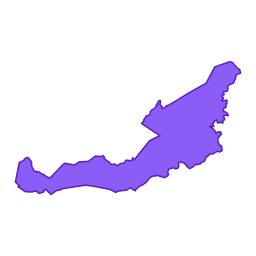 Santiago Comaltepec, Oaxaca, Mexico
{"feature_id": "50627088B9825150146899", "entity_name": "Santiago Comaltepec", "entity_type": "district", "adm_level": 2, "iso_a3": "MEX", "parent_name": "Mexico", "parent_adm1": "Oaxaca", "projection": "mercator", "projection_center": [-96.381, 17.637], "detail": "fine", "context": "isolated", "style": "filled", "palette": "violet", "viewbox_px": 256, "rotation_deg": 0, "n_neighbors": 0, "source": "geoboundaries", "source_scale": "gbopen_adm2", "svg_char_len": 5452}
<svg xmlns="http://www.w3.org/2000/svg" viewBox="0 0 256 256"><path d="M240.5,73.2L240.5,72.1L240.3,71.8L240.1,71.3L239.9,71.0L239.8,70.2L239.7,69.8L239.5,69.3L239.2,69.3L238.6,69.1L237.8,68.5L233.8,64.2L232.6,62.6L230.1,61.6L225.0,63.3L220.6,64.9L214.6,67.0L211.6,73.0L208.7,78.3L207.6,80.4L206.2,83.2L203.3,84.8L198.9,87.2L198.2,87.6L197.8,87.9L195.4,89.2L192.0,91.1L181.8,97.2L178.4,99.4L171.3,103.6L167.5,105.8L167.0,105.5L166.5,105.5L166.2,106.2L165.7,106.9L163.4,108.3L163.2,108.3L162.5,108.5L161.9,108.5L161.8,108.1L162.1,106.7L162.0,106.3L160.7,105.5L160.1,104.8L160.6,101.0L159.9,100.4L159.0,100.6L157.2,103.4L157.4,104.1L157.3,104.7L156.3,104.9L156.4,105.8L154.1,108.7L151.3,110.3L150.1,112.2L150.2,113.1L150.0,114.1L149.0,115.0L147.5,115.6L146.4,115.9L145.1,117.8L144.5,118.8L144.3,119.4L143.7,119.9L143.8,120.9L143.7,121.2L143.0,121.8L142.2,122.9L142.1,123.1L141.9,123.1L141.9,123.3L141.7,123.6L151.0,129.8L159.7,135.6L149.5,140.8L134.3,159.7L132.8,157.9L132.1,159.1L131.9,160.2L131.1,160.8L126.2,160.1L124.1,163.1L120.3,163.6L119.2,164.4L118.0,165.7L117.2,165.2L116.1,165.2L115.5,164.4L114.3,164.1L113.0,164.2L112.3,164.6L111.1,164.1L110.1,163.4L109.6,162.6L108.6,161.5L107.4,161.3L106.8,160.3L105.5,159.8L104.9,159.1L104.0,158.4L104.7,157.7L103.7,156.2L103.0,155.7L100.8,156.5L95.5,156.1L88.4,161.3L84.7,161.6L79.4,161.8L74.5,165.0L64.9,163.3L63.6,164.0L61.9,165.8L59.9,167.7L58.4,169.4L58.0,169.8L54.0,173.9L50.5,177.5L49.7,177.9L49.3,178.1L48.8,178.1L48.5,177.7L48.3,177.4L47.7,177.5L47.3,177.2L46.9,176.7L46.4,176.7L45.9,176.1L45.5,176.0L45.0,175.7L43.7,174.6L42.6,174.0L42.0,174.0L41.6,173.9L40.3,172.9L39.6,172.2L37.4,171.6L36.9,172.1L36.7,172.0L36.6,171.6L35.9,171.3L35.6,171.6L34.0,171.1L33.0,168.6L32.7,168.1L32.3,167.8L31.5,164.8L31.6,163.0L31.6,162.4L31.0,161.3L30.7,160.8L30.3,160.0L29.2,159.3L29.0,158.9L28.7,158.0L28.1,157.7L27.4,157.2L27.5,156.9L27.2,157.3L27.0,157.5L26.8,157.6L26.7,157.7L25.2,158.5L24.9,158.8L24.5,159.1L23.7,160.3L21.7,161.5L20.9,161.6L19.4,162.4L19.0,164.0L18.2,168.1L17.8,170.0L17.6,170.8L17.1,173.6L16.4,177.0L15.4,181.9L16.7,183.4L19.4,185.8L18.1,186.8L25.3,191.7L30.8,192.0L32.5,191.8L33.8,191.6L34.3,190.8L37.3,191.9L39.2,193.5L43.5,192.0L44.7,189.7L45.8,189.5L49.0,192.6L51.1,194.4L56.6,190.5L57.3,190.4L60.3,190.0L61.2,189.3L61.7,188.9L62.7,188.7L63.6,188.5L64.9,188.3L80.7,185.9L85.5,185.1L93.3,186.2L109.8,189.4L114.5,191.6L115.5,192.4L118.6,191.1L127.0,190.0L128.6,188.8L130.2,187.6L133.1,189.6L135.4,190.7L135.5,190.3L135.4,189.9L136.3,188.9L137.1,188.4L137.4,188.4L137.8,188.0L138.4,187.3L138.8,186.6L139.3,186.3L140.1,185.9L141.3,185.4L141.9,185.4L143.5,184.3L144.2,183.7L145.9,182.6L146.7,181.7L146.9,181.4L147.1,181.1L147.3,180.9L147.6,180.7L148.5,179.3L149.8,177.8L150.1,177.6L152.2,176.4L153.2,176.0L154.0,176.0L155.0,176.2L155.7,175.9L156.6,175.2L157.9,175.8L159.0,175.8L160.6,176.7L161.0,176.3L163.0,176.9L164.0,177.6L164.9,177.6L167.4,176.0L168.6,174.6L167.8,172.7L167.9,172.2L167.8,171.9L168.8,169.1L170.4,168.7L172.2,168.1L173.5,167.8L174.7,168.2L175.0,168.8L177.5,168.5L178.7,166.7L178.7,164.4L178.4,163.1L180.9,161.5L181.8,162.5L182.9,162.8L184.2,162.9L184.8,164.1L186.1,164.6L186.6,165.4L186.5,166.0L186.9,166.4L189.0,168.3L189.7,168.6L193.1,166.8L194.2,165.5L195.6,164.6L197.9,164.5L200.3,163.9L201.0,163.0L202.2,162.1L203.8,161.8L204.9,160.7L205.1,159.5L205.2,158.8L205.4,158.1L206.7,157.0L207.7,156.3L207.7,155.9L209.5,154.7L209.5,154.2L211.7,153.8L213.6,153.8L215.2,152.3L217.6,151.3L219.4,152.0L220.3,151.5L221.6,151.1L222.1,150.1L221.9,147.6L221.2,145.5L220.4,145.5L219.5,145.1L218.9,144.5L218.8,143.3L218.0,141.7L217.9,137.7L219.6,136.5L219.4,135.5L221.4,134.5L220.6,131.9L219.7,131.7L217.2,132.1L216.1,133.4L215.6,133.2L214.7,130.4L213.4,129.5L212.3,127.8L211.3,127.6L210.2,127.1L209.9,126.6L210.8,126.1L213.7,126.3L212.7,123.8L214.4,122.0L214.7,120.6L216.6,120.1L217.2,122.1L218.0,123.0L219.2,122.8L219.5,122.4L220.7,122.1L222.2,123.1L223.0,122.8L222.8,121.4L223.2,120.4L224.5,119.9L224.7,119.4L224.2,117.6L223.4,116.9L223.6,115.8L225.8,115.2L228.0,115.7L228.2,115.0L227.7,114.0L227.0,113.0L225.9,112.3L225.2,111.9L224.7,111.8L224.1,111.5L223.6,110.8L223.3,110.1L223.3,109.6L223.6,109.1L223.7,108.9L223.9,108.4L224.1,107.8L224.5,107.8L224.9,107.9L226.1,107.2L226.1,106.4L226.1,105.9L225.9,105.3L225.7,104.9L226.0,104.6L226.1,104.1L226.4,103.9L227.0,103.7L227.0,103.4L226.8,103.1L226.6,102.7L226.6,102.3L226.6,101.9L226.8,101.6L226.9,101.4L227.0,101.0L227.1,100.5L226.5,100.1L226.2,100.0L225.7,100.2L225.2,100.4L224.5,100.6L223.8,100.8L223.4,100.8L222.7,100.8L222.3,100.8L221.9,100.5L222.0,100.0L222.4,99.7L222.7,99.2L223.0,99.1L223.3,98.7L223.5,98.2L223.4,97.8L223.1,97.5L222.6,97.2L222.3,96.8L221.9,96.4L221.8,96.0L222.1,95.6L222.4,95.4L222.9,95.1L223.4,94.9L223.7,94.8L224.1,94.4L224.0,93.7L223.8,93.5L223.6,93.1L223.4,92.7L223.2,92.3L223.4,92.0L223.6,91.7L224.1,91.6L224.4,91.6L224.9,91.5L225.3,91.5L225.8,91.5L226.2,91.5L226.8,91.2L227.1,91.0L227.4,90.6L227.7,90.1L227.9,89.7L228.0,89.1L227.9,88.4L227.9,87.8L227.7,87.2L227.7,86.7L227.8,86.1L228.2,85.8L228.4,85.4L228.8,85.1L229.6,84.6L229.9,84.3L230.5,84.3L231.1,83.9L231.8,83.8L232.5,83.5L233.0,83.3L233.4,83.0L233.8,82.5L233.9,82.2L234.1,81.7L234.3,81.3L234.4,80.9L234.7,80.3L235.0,79.8L235.3,79.2L235.6,78.8L235.6,78.1L235.6,77.7L235.6,77.2L235.7,76.6L235.8,76.2L236.1,75.9L236.3,75.3L236.6,74.9L237.0,74.4L237.3,74.2L237.8,74.0L239.1,73.8L240.5,73.2Z" fill="#8b5cf6" stroke="#5b21b6" stroke-width="1.5"/></svg>